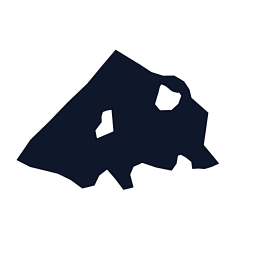 an SVG outline of Yevlakh Rayon, rotated 287°
{"feature_id": "AZE-1688", "entity_name": "Yevlakh Rayon", "entity_type": "District", "adm_level": 1, "iso_a3": "AZE", "parent_name": "Azerbaijan", "parent_adm1": "", "projection": "orthographic", "projection_center": [47.016, 40.691], "detail": "fine", "context": "isolated", "style": "filled", "palette": "ink", "viewbox_px": 256, "rotation_deg": 287, "n_neighbors": 0, "source": "natural_earth", "source_scale": "10m", "svg_char_len": 994}
<svg xmlns="http://www.w3.org/2000/svg" viewBox="0 0 256 256"><g transform="rotate(287 128 128)"><path d="M120.6,224.3L115.9,219.0L111.9,213.0L110.6,207.2L108.6,201.8L114.7,199.0L117.6,191.6L118.7,186.2L116.5,183.0L108.3,184.1L100.7,181.7L99.2,166.5L99.6,151.5L92.9,143.9L83.8,143.0L73.1,149.6L68.4,141.8L76.5,130.6L83.2,119.9L74.4,113.7L63.7,112.1L57.6,101.9L62.3,88.4L64.5,74.2L63.7,59.5L62.9,45.7L65.4,31.7L88.0,38.8L110.3,51.1L134.3,63.3L158.0,76.6L178.2,85.0L198.4,93.7L194.7,107.9L191.1,122.0L187.6,133.8L187.5,146.4L190.9,157.0L188.2,167.8L184.0,172.9L182.2,175.0L174.8,179.4L165.6,199.7L150.0,202.2L133.5,204.7L120.6,224.3ZM174.9,170.3L177.5,166.8L176.8,164.5L176.6,160.3L177.3,157.8L178.6,155.0L179.8,151.7L180.4,147.2L179.1,146.1L176.1,145.7L170.3,146.0L158.2,146.1L153.5,153.4L157.3,164.8L165.7,169.8L174.9,170.3ZM126.0,100.4L116.1,96.7L107.8,101.1L120.3,116.0L141.7,107.3L139.2,102.4L136.4,98.6L131.3,98.5L126.0,100.4Z" fill="#0f172a" stroke="#020617" stroke-width="1.5"/></g></svg>